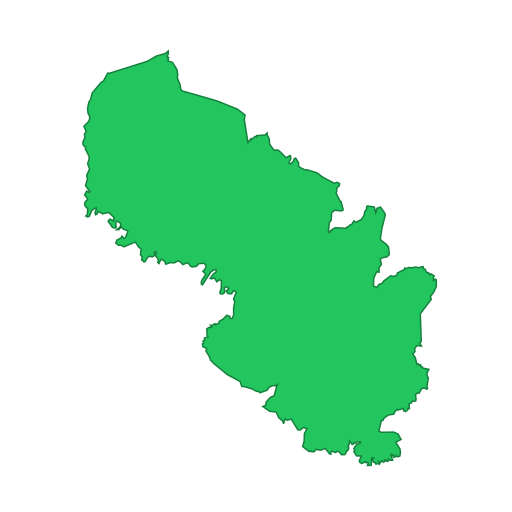 outline of Tzicatlacoyan, Puebla, Mexico, rotated 191°
{"feature_id": "50627088B32721400005262", "entity_name": "Tzicatlacoyan", "entity_type": "district", "adm_level": 2, "iso_a3": "MEX", "parent_name": "Mexico", "parent_adm1": "Puebla", "projection": "natural_earth1", "projection_center": [-98.086, 18.816], "detail": "fine", "context": "isolated", "style": "filled", "palette": "green", "viewbox_px": 512, "rotation_deg": 191, "n_neighbors": 0, "source": "geoboundaries", "source_scale": "gbopen_adm2", "svg_char_len": 5982}
<svg xmlns="http://www.w3.org/2000/svg" viewBox="0 0 512 512"><g transform="rotate(191 256 256)"><path d="M164.1,74.5L161.5,75.0L160.3,77.6L155.6,77.7L151.3,80.3L146.0,75.8L144.7,75.8L145.3,76.7L144.7,78.8L140.3,78.3L139.1,79.8L137.4,79.9L134.4,77.3L131.1,77.9L130.1,79.6L130.2,81.6L129.0,82.2L128.3,84.0L128.5,86.0L129.6,86.5L128.6,88.8L128.9,92.1L125.5,89.3L124.3,90.1L124.3,91.3L121.8,91.5L121.6,92.8L118.7,93.3L118.4,92.5L117.4,93.9L118.2,92.5L117.6,92.8L121.3,89.9L122.5,87.7L123.2,85.6L122.1,84.3L122.6,82.7L119.3,79.0L114.4,79.7L114.0,80.4L115.6,75.0L114.8,73.3L112.5,72.5L109.3,75.1L108.6,74.0L107.1,75.0L106.2,74.3L106.7,71.6L103.0,72.5L104.1,80.7L103.2,79.3L102.0,80.0L102.6,78.1L101.2,75.9L99.3,75.9L98.6,74.6L96.5,75.6L95.1,75.1L94.8,76.4L96.2,77.5L94.3,77.3L93.2,79.1L91.3,77.9L90.4,79.6L90.7,81.2L89.4,79.6L87.8,79.4L87.2,79.9L87.5,81.7L85.1,81.0L82.9,81.6L86.1,87.6L84.1,85.7L83.3,87.1L82.1,84.7L80.5,85.7L80.3,86.9L78.7,85.9L76.7,86.9L76.6,90.3L77.9,94.1L83.2,99.9L78.6,103.6L82.6,108.4L87.3,109.4L99.7,106.8L102.0,107.7L101.5,118.5L100.0,118.8L99.3,121.4L95.7,125.2L90.6,127.0L90.0,129.8L87.8,132.5L87.1,131.9L82.2,134.5L81.5,132.2L79.4,131.9L77.5,134.3L77.7,135.5L76.3,135.6L77.5,140.1L75.5,141.4L74.7,143.3L71.6,144.1L71.6,146.3L73.0,150.2L71.3,152.5L69.7,152.4L68.1,157.5L65.3,158.7L63.2,157.7L62.3,158.5L63.2,160.1L63.7,169.4L65.1,170.8L65.8,173.8L64.6,177.7L70.8,177.8L71.7,178.9L73.2,178.9L73.7,180.7L75.1,180.1L76.2,181.1L77.4,180.4L80.3,186.7L83.4,189.7L81.7,192.5L82.6,195.3L81.1,198.7L76.4,199.2L78.6,201.5L77.5,203.8L83.7,230.6L75.7,247.0L77.1,249.3L74.5,254.9L73.2,260.5L74.5,267.0L75.7,267.5L77.2,265.8L77.8,268.3L77.2,270.4L80.8,271.9L82.0,270.8L83.3,272.5L85.8,272.6L87.2,275.2L89.2,275.6L90.0,277.5L94.0,275.6L97.4,275.6L100.2,274.3L103.8,273.9L105.5,272.6L107.7,272.6L107.7,271.1L114.0,266.3L113.8,265.2L114.8,263.3L117.3,262.1L120.0,262.3L125.9,255.8L126.7,253.5L129.9,251.5L131.4,248.3L135.0,248.9L136.2,256.8L134.5,263.6L132.1,263.5L133.0,267.9L131.3,271.6L133.4,276.6L131.8,278.4L127.3,280.1L125.4,282.8L127.6,290.0L129.8,292.0L136.2,295.3L137.2,296.6L137.7,307.1L136.9,320.6L137.7,322.6L143.2,327.8L146.3,325.9L146.7,321.4L149.2,326.6L156.3,326.4L156.8,325.0L156.3,323.8L157.8,320.0L157.6,316.5L159.6,311.9L163.8,308.6L165.1,308.2L166.5,309.2L168.2,305.1L169.6,304.5L171.5,301.6L172.2,301.8L172.8,300.4L183.6,298.9L186.4,296.5L186.9,295.0L187.8,295.2L188.2,293.0L188.8,293.2L189.6,293.6L190.4,302.9L189.0,305.3L190.0,313.1L187.5,315.9L180.6,316.6L179.2,317.9L182.9,325.7L184.1,326.1L189.6,333.4L189.1,335.0L189.7,337.9L187.6,341.2L187.7,342.9L190.2,343.9L193.1,342.3L206.1,346.3L211.7,349.2L222.4,350.4L224.4,349.9L229.9,351.4L231.4,352.4L232.1,355.8L235.7,359.6L236.9,359.1L237.2,356.7L239.3,352.9L241.4,353.5L240.4,358.7L241.2,360.7L241.9,361.1L245.3,358.2L253.3,363.7L255.8,364.2L258.0,363.2L259.4,364.1L263.9,368.3L265.3,373.4L267.8,376.5L268.6,378.9L270.0,376.6L278.3,374.3L278.5,372.9L279.7,373.2L281.8,370.4L283.0,370.4L283.0,369.1L283.8,369.5L284.1,367.8L285.2,367.4L285.6,365.9L293.5,387.7L293.6,392.3L302.2,396.6L324.0,400.8L360.2,404.0L361.5,405.2L363.5,410.2L367.1,415.5L367.5,419.3L369.1,423.8L374.8,430.0L379.7,430.8L379.5,432.3L380.3,433.3L379.6,434.1L381.5,435.1L380.6,437.4L381.3,440.4L383.7,437.5L392.1,433.2L399.8,426.4L435.0,407.3L436.4,407.3L439.2,398.6L441.3,396.6L447.9,384.8L448.2,378.1L449.4,375.3L449.5,368.5L448.0,363.8L446.0,361.7L445.5,358.5L445.8,356.3L449.7,350.5L446.4,345.7L447.7,342.7L446.5,339.8L447.6,335.2L447.3,333.0L446.6,331.7L444.1,330.3L443.9,328.5L438.8,321.9L438.3,319.2L438.9,314.5L436.0,309.7L437.6,302.7L436.1,299.4L436.8,292.6L431.3,287.4L432.1,286.6L434.6,287.4L435.9,283.2L432.4,280.3L432.3,278.9L433.7,277.2L434.3,274.8L433.4,272.6L430.1,270.2L429.5,264.4L430.7,262.8L428.5,262.2L427.2,263.2L425.8,269.6L422.1,272.9L421.6,272.0L422.3,267.9L421.3,265.9L419.9,267.0L419.7,269.6L414.5,268.2L409.4,270.5L408.1,270.2L402.8,266.9L402.6,263.3L406.5,264.4L407.8,261.9L402.5,256.8L399.8,256.4L398.7,257.2L400.1,262.6L398.5,263.7L395.3,262.2L394.7,260.7L395.0,258.5L397.7,255.2L395.6,255.8L393.7,259.0L391.2,256.9L387.7,256.6L386.4,255.5L387.8,248.9L389.0,248.0L391.4,250.0L391.9,248.0L395.6,245.0L396.2,242.0L393.2,240.4L390.1,240.7L387.3,239.8L377.8,246.3L376.6,246.2L372.7,242.2L370.1,241.1L369.6,235.0L367.4,233.4L367.6,230.5L364.8,228.8L363.6,229.5L363.2,231.7L361.1,235.4L357.8,235.3L356.1,236.6L355.6,238.2L356.7,240.0L355.5,241.2L354.3,240.7L354.9,237.2L352.0,234.8L350.8,232.5L351.4,231.1L349.8,230.1L348.6,234.8L344.6,233.4L343.0,230.7L338.8,233.2L335.0,233.6L331.6,236.4L329.2,235.8L326.3,233.6L321.6,236.5L318.1,233.3L316.3,233.1L312.5,234.6L310.6,237.6L305.7,238.9L303.4,237.4L303.1,235.9L303.5,233.6L305.2,230.7L302.6,229.3L302.0,228.0L304.3,222.5L304.7,219.3L304.2,217.9L303.0,217.5L297.2,232.0L293.9,234.9L292.4,234.9L292.3,232.5L294.5,230.1L296.7,225.3L295.1,225.1L292.5,226.5L289.6,223.2L287.3,225.7L285.2,225.1L283.9,217.4L284.5,213.5L283.9,212.1L281.8,212.2L280.2,213.6L279.8,215.2L281.1,218.9L279.5,220.2L276.4,219.1L278.4,215.9L276.5,213.8L272.8,214.2L271.4,217.7L269.3,217.3L268.6,216.3L269.8,209.4L268.1,206.9L268.1,200.7L266.7,194.0L267.4,190.2L268.2,189.8L269.7,190.0L270.1,191.7L273.4,192.2L276.3,187.7L279.5,185.0L279.8,182.8L282.8,180.8L283.0,181.6L284.0,181.3L286.1,179.2L287.4,179.4L286.1,177.5L288.6,176.9L290.4,175.1L289.0,169.1L287.7,167.6L291.0,165.5L290.4,163.6L291.8,162.4L290.9,160.5L291.8,159.3L290.9,156.9L287.0,155.8L286.6,154.2L287.1,153.2L283.1,149.0L280.8,145.2L276.9,142.4L261.5,134.1L247.7,129.8L245.0,125.1L243.4,125.6L234.6,124.8L229.9,123.3L227.0,123.4L226.1,122.5L219.4,126.4L218.1,129.6L214.9,132.0L212.0,132.3L210.6,133.9L211.6,122.2L214.9,120.0L218.2,114.5L217.9,111.4L220.6,109.6L213.0,106.2L206.4,106.6L202.9,101.7L197.8,98.7L197.0,96.5L196.2,101.6L193.8,100.8L190.4,102.7L181.7,93.3L179.1,93.8L176.8,96.7L173.0,96.2L174.6,90.9L173.4,83.1L173.9,77.9L166.6,74.2L164.5,75.1L164.1,74.5Z" fill="#22c55e" stroke="#15803d" stroke-width="1.5"/></g></svg>